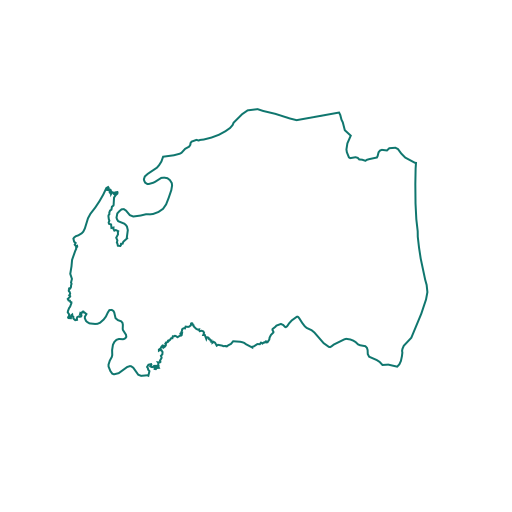 Thoulakhom, Vientiane, Laos, rotated 23°
{"feature_id": "54806243B19850954629179", "entity_name": "Thoulakhom", "entity_type": "district", "adm_level": 2, "iso_a3": "LAO", "parent_name": "Laos", "parent_adm1": "Vientiane", "projection": "equal_earth", "projection_center": [102.616, 18.346], "detail": "fine", "context": "isolated", "style": "outline", "palette": "teal", "viewbox_px": 512, "rotation_deg": 23, "n_neighbors": 0, "source": "geoboundaries", "source_scale": "gbopen_adm2", "svg_char_len": 6092}
<svg xmlns="http://www.w3.org/2000/svg" viewBox="0 0 512 512"><g transform="rotate(23 256 256)"><path d="M183.3,142.0L183.3,144.6L182.1,148.3L179.1,153.1L174.5,158.9L168.7,164.4L162.4,169.2L159.2,171.0L158.1,172.1L155.8,172.4L152.0,175.9L151.6,177.7L152.1,179.2L151.7,181.5L148.9,185.0L147.1,190.1L145.9,191.6L141.0,195.4L131.7,200.9L132.0,206.0L131.3,210.3L130.3,213.4L124.3,222.6L122.6,226.2L122.8,229.1L123.6,230.3L125.3,231.8L127.9,232.2L129.2,231.6L132.8,228.7L134.1,227.2L138.3,221.1L141.0,219.7L144.1,219.0L147.1,219.8L150.0,221.8L151.2,223.9L152.3,228.5L152.9,236.6L153.1,243.6L152.0,248.9L149.0,253.6L144.9,257.5L142.3,259.0L138.5,260.5L133.9,263.9L127.6,267.6L123.9,267.7L118.6,265.0L116.0,264.5L114.0,265.6L112.7,268.2L111.7,271.0L112.6,275.2L113.7,276.5L115.5,277.8L122.2,277.7L124.2,278.4L125.7,279.3L127.9,282.3L129.9,289.6L130.5,290.0L128.3,294.7L128.4,296.8L127.0,297.5L127.4,298.7L127.2,299.8L124.8,300.5L123.4,298.5L122.7,298.1L122.3,295.8L120.2,293.8L120.5,290.0L119.7,288.4L119.5,287.0L116.8,286.9L115.7,288.0L114.2,286.8L113.7,285.5L112.0,286.7L110.3,283.6L108.1,283.8L107.3,282.8L107.2,280.8L106.1,279.6L104.5,276.8L104.4,275.8L104.7,274.9L104.0,273.3L103.9,271.2L104.8,269.8L104.1,266.9L105.0,265.4L105.0,264.7L102.5,257.7L103.0,254.9L104.0,252.8L103.8,251.8L103.4,251.3L101.8,252.3L101.9,253.7L101.3,254.5L100.9,254.4L100.1,253.3L99.4,253.7L98.7,253.5L98.4,255.5L97.3,253.2L96.8,253.3L96.8,254.7L96.2,254.3L96.6,252.3L96.2,251.9L95.8,251.9L95.3,252.7L93.4,253.3L93.3,252.4L94.0,252.0L93.9,251.0L92.9,250.3L91.7,251.9L91.4,259.2L90.5,266.7L89.1,274.2L87.1,281.8L86.6,286.9L87.7,297.5L87.5,301.1L86.7,303.2L84.4,306.4L82.4,308.2L81.4,310.0L81.1,311.3L83.0,313.9L84.9,314.5L84.7,316.4L86.4,317.3L87.3,316.5L87.8,317.3L87.2,318.9L87.7,319.6L87.6,321.9L88.2,331.4L90.2,337.6L92.0,345.0L95.5,349.0L96.1,352.7L97.1,353.7L97.2,355.2L97.8,356.8L97.7,358.2L96.7,358.7L96.7,359.1L97.3,359.4L97.0,360.6L97.5,361.5L98.5,361.9L99.6,363.2L99.7,364.4L99.4,365.1L100.6,365.5L100.8,365.9L99.5,369.1L100.9,370.2L102.1,369.8L103.2,370.9L104.1,370.7L104.5,371.4L104.7,375.3L104.3,376.9L104.4,380.0L104.7,381.4L106.9,382.8L107.1,383.7L108.0,384.7L107.1,385.2L107.0,385.9L107.6,386.4L109.9,385.6L109.2,383.5L109.3,382.4L109.7,381.7L110.5,383.0L111.7,383.4L112.0,384.5L112.6,385.0L114.7,385.7L116.2,384.7L115.4,383.4L115.4,382.0L116.6,380.7L117.3,380.9L118.5,380.2L118.7,379.2L118.2,378.5L116.8,378.5L116.6,377.1L117.7,377.3L117.6,376.2L118.5,374.6L118.8,374.6L119.1,375.4L120.1,375.0L122.6,375.7L122.2,378.7L122.8,380.2L124.9,382.2L126.3,382.7L129.0,383.1L134.5,381.4L136.5,380.4L138.5,378.4L140.6,374.0L141.5,370.4L141.7,365.8L142.2,363.1L144.3,362.0L146.2,362.3L147.5,363.3L151.0,368.1L153.9,369.0L157.4,368.8L159.2,369.7L160.3,371.3L161.8,375.2L162.4,376.1L167.1,379.3L168.2,381.1L168.0,382.3L167.3,383.6L166.1,384.6L162.3,385.9L160.3,387.7L159.2,390.4L159.0,393.6L160.3,398.8L162.4,403.4L162.7,405.4L162.3,409.4L162.7,413.7L163.5,415.4L166.9,418.8L169.7,420.5L171.5,420.4L175.4,417.5L180.8,408.5L183.0,406.6L184.2,406.3L186.7,406.8L194.0,411.3L197.1,411.2L202.5,408.3L203.7,408.3L202.9,403.6L201.2,402.8L200.3,401.5L199.1,400.7L199.5,398.1L201.7,396.5L202.2,397.0L201.9,398.9L203.4,399.0L204.4,398.6L205.1,397.0L207.3,396.0L207.7,396.6L206.4,398.4L206.8,399.6L208.0,399.3L208.3,397.9L210.3,396.9L209.3,396.0L209.3,395.2L208.5,394.4L208.0,392.7L207.2,392.2L209.1,391.5L209.4,390.8L208.5,389.8L208.9,386.9L208.7,386.2L207.5,385.1L208.2,383.1L207.5,380.9L205.8,379.7L205.5,380.0L204.5,379.7L203.6,381.0L203.2,380.1L204.3,378.3L204.4,376.4L205.0,374.8L205.9,374.7L206.0,376.4L206.5,376.7L207.6,374.9L207.9,373.5L207.5,372.5L206.9,372.2L207.3,371.5L206.9,370.9L208.4,369.7L208.6,369.1L208.1,368.7L208.1,368.3L208.6,367.8L209.0,368.0L209.6,366.9L209.9,365.1L211.1,364.4L210.8,363.9L211.0,363.5L210.8,362.4L211.9,362.0L212.3,361.3L213.2,361.0L215.5,361.4L217.4,358.7L218.0,358.7L218.5,357.9L218.2,356.6L217.8,357.3L217.1,357.4L216.7,356.9L217.3,355.7L217.0,354.9L217.1,353.8L216.7,352.6L216.8,351.8L218.0,350.5L218.9,350.4L218.8,348.5L221.2,347.8L222.1,347.1L223.1,345.3L222.6,343.5L222.9,343.1L223.7,342.9L225.0,344.2L225.6,344.2L226.1,345.1L229.4,346.4L231.2,346.5L232.3,345.8L232.4,346.4L233.6,347.2L235.0,346.1L237.0,346.0L238.2,347.0L238.3,349.3L239.7,348.7L242.7,351.8L242.6,350.0L243.4,349.7L244.6,350.0L245.3,350.9L246.2,350.7L247.1,351.6L247.9,351.2L248.4,352.4L249.6,351.8L249.9,352.8L250.7,351.6L252.2,351.8L254.9,353.9L255.7,352.6L260.0,351.7L261.1,351.8L263.4,350.6L263.9,350.9L264.6,350.5L265.3,349.1L267.3,346.7L268.3,343.4L275.0,341.1L277.3,340.7L279.2,340.6L281.0,341.1L288.2,341.7L287.9,341.1L289.2,340.2L291.7,336.5L294.0,335.7L294.4,333.8L295.3,333.7L296.1,334.1L297.2,332.3L297.8,332.3L298.4,330.7L298.9,330.6L299.5,331.4L300.3,330.9L300.9,327.8L300.4,325.8L300.6,322.8L301.9,319.6L301.7,319.0L300.0,317.6L299.8,316.7L301.5,313.6L302.0,312.1L305.5,308.8L308.1,308.9L310.3,309.9L311.2,309.9L312.1,308.5L312.8,305.0L314.1,301.3L317.3,296.0L318.0,295.6L318.8,295.7L320.4,296.6L324.6,299.5L328.3,301.6L330.7,302.4L336.2,302.6L339.6,303.6L352.3,309.8L358.6,311.2L359.8,310.9L360.7,309.8L362.3,307.0L369.9,298.2L371.4,297.0L375.4,296.0L378.5,295.9L381.3,296.3L384.5,297.5L386.6,297.5L391.9,296.3L394.0,297.2L395.5,299.0L397.2,302.6L399.5,304.5L407.8,304.6L411.2,305.2L415.0,306.9L420.2,304.3L429.2,302.7L430.3,299.7L430.4,296.0L429.5,291.3L428.5,287.8L427.5,286.2L427.1,284.2L427.1,280.9L430.9,270.6L430.7,244.6L429.5,229.6L427.9,222.3L424.4,216.0L420.9,211.6L408.6,194.0L402.8,184.6L397.4,175.1L395.2,170.1L389.2,159.5L382.3,145.3L374.5,127.4L368.7,113.0L366.9,107.8L365.7,108.1L354.9,107.1L349.6,104.9L344.9,102.1L342.0,101.9L336.6,104.7L335.3,107.7L330.4,109.1L329.0,110.4L328.3,112.6L328.9,116.5L328.8,118.1L322.5,122.5L320.5,124.1L319.5,125.6L316.0,125.9L313.3,126.8L311.3,125.9L309.0,126.2L304.5,129.1L303.0,128.9L299.1,125.0L297.6,122.6L296.1,116.6L296.2,108.2L288.6,105.5L283.7,99.1L281.4,97.1L278.5,93.3L276.4,91.5L240.3,115.1L233.3,116.2L218.2,117.6L205.9,119.7L200.1,120.2L191.4,125.2L187.8,130.9L183.3,142.0Z" fill="none" stroke="#0f766e" stroke-width="2"/></g></svg>